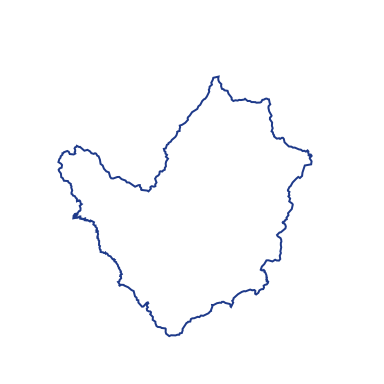 outline of Chiang Dao, Chiang Mai, Thailand, rotated 45°
{"feature_id": "78962969B42466635698108", "entity_name": "Chiang Dao", "entity_type": "district", "adm_level": 2, "iso_a3": "THA", "parent_name": "Thailand", "parent_adm1": "Chiang Mai", "projection": "mercator", "projection_center": [98.857, 19.536], "detail": "fine", "context": "isolated", "style": "outline", "palette": "blue", "viewbox_px": 384, "rotation_deg": 45, "n_neighbors": 0, "source": "geoboundaries", "source_scale": "gbopen_adm2", "svg_char_len": 6040}
<svg xmlns="http://www.w3.org/2000/svg" viewBox="0 0 384 384"><g transform="rotate(45 192 192)"><path d="M249.5,81.6L249.2,83.3L248.5,83.6L247.5,82.4L246.3,82.1L245.6,81.0L244.3,80.9L244.0,82.9L242.3,83.4L241.3,84.8L239.0,85.1L237.6,86.2L233.3,87.9L231.9,89.3L230.3,89.6L228.3,91.3L222.3,91.4L219.3,89.5L218.0,89.4L217.3,90.0L216.7,92.2L215.7,92.3L214.2,94.3L210.8,94.7L209.9,93.8L208.8,93.8L206.9,92.6L205.4,92.9L203.9,89.8L201.7,88.7L199.5,86.2L195.7,85.5L194.5,84.2L194.6,82.4L194.2,81.7L189.6,80.4L186.6,78.5L185.5,77.2L185.3,74.6L183.9,74.1L180.9,72.1L180.2,72.7L178.8,73.1L178.0,74.1L177.4,76.1L176.6,77.1L177.3,79.5L176.8,80.7L174.3,83.4L173.3,83.6L170.5,86.3L168.5,86.7L167.0,88.3L163.6,88.6L163.5,89.8L161.6,92.4L160.2,93.5L159.7,95.0L157.8,96.5L156.9,98.4L154.7,98.6L153.3,97.3L148.3,96.7L145.6,95.3L143.0,97.2L141.7,97.0L140.2,97.9L137.6,96.5L136.5,95.0L133.5,95.0L131.8,94.4L130.3,93.2L129.2,91.6L126.3,96.2L127.4,98.0L128.4,101.1L130.2,102.0L130.0,105.1L131.2,106.5L131.6,107.8L133.2,108.8L135.0,114.0L135.4,116.7L134.9,118.1L134.9,120.4L136.2,124.5L135.9,126.9L137.0,129.5L135.6,135.5L136.4,139.6L136.3,141.9L136.7,142.9L138.1,143.8L138.3,147.8L137.5,151.4L136.4,153.7L138.0,154.8L138.6,156.1L140.1,157.6L139.2,159.0L139.0,160.0L139.6,160.4L140.9,162.9L141.3,164.9L140.9,169.5L141.4,171.3L140.8,174.0L141.4,174.9L140.9,176.4L142.6,179.7L141.6,181.4L143.7,182.6L144.8,182.4L146.1,183.6L148.1,183.4L148.6,185.5L151.5,185.4L152.1,188.6L153.2,190.4L155.4,192.3L155.7,194.1L157.0,195.5L156.4,197.1L156.5,198.5L154.9,199.8L154.8,200.5L156.3,202.5L156.5,204.2L155.9,206.4L156.5,208.7L160.2,210.4L160.6,212.6L162.0,213.8L161.4,215.1L159.5,216.3L159.1,217.6L159.2,218.1L160.6,218.8L160.8,222.3L159.3,222.7L154.8,226.3L154.2,226.2L153.4,225.2L151.6,225.1L150.2,224.0L149.3,225.1L148.0,228.5L140.8,229.8L139.1,231.3L136.9,230.9L133.1,232.7L129.9,232.8L128.6,234.2L126.7,238.2L125.2,239.4L123.5,239.2L119.3,236.9L116.8,238.0L113.3,237.8L110.1,236.4L107.5,236.8L104.1,234.3L100.7,232.8L99.4,233.3L97.1,232.7L96.0,233.2L95.6,234.5L93.4,235.7L91.1,235.4L88.3,236.1L86.7,238.9L80.9,239.3L80.5,240.0L77.9,240.8L78.3,241.8L77.8,242.9L78.1,244.2L79.6,244.8L80.6,245.8L80.9,246.9L82.3,247.3L81.8,249.1L78.7,251.6L76.4,250.7L74.8,251.2L73.3,254.5L73.5,255.6L73.0,256.2L74.0,257.3L73.9,259.6L74.8,260.8L74.9,262.5L76.4,265.3L79.5,264.6L81.0,264.8L82.6,267.0L81.7,268.9L82.0,270.6L83.2,271.2L86.2,271.6L89.1,274.0L90.8,273.6L93.5,274.6L96.5,272.0L97.8,272.5L100.7,272.0L101.4,272.9L102.8,273.2L103.3,274.1L106.2,275.6L107.3,277.8L108.1,278.5L109.1,278.2L110.2,278.7L112.2,277.8L113.9,278.3L115.2,278.1L117.1,279.8L117.3,279.0L117.6,279.2L118.3,278.4L118.1,278.0L118.4,277.5L119.3,277.5L121.6,278.9L122.6,278.6L122.4,281.2L124.6,282.2L126.0,283.8L126.1,284.7L125.6,285.6L126.5,289.4L125.5,289.1L124.7,290.4L125.0,291.8L126.7,290.4L126.3,292.4L125.7,293.2L126.7,294.5L128.3,292.2L127.7,291.7L129.0,291.6L129.1,290.3L130.1,290.0L130.1,288.8L130.7,289.1L130.8,288.7L131.9,289.8L132.6,288.9L132.9,289.2L134.0,288.4L135.0,286.5L135.5,287.3L136.6,286.6L136.6,287.4L137.9,286.4L138.1,285.7L140.1,285.2L140.3,284.3L140.9,284.6L141.3,283.5L144.1,282.7L145.2,284.7L147.1,284.4L147.5,284.0L148.2,284.8L150.3,284.8L151.5,285.9L151.4,286.4L152.3,286.2L152.3,286.8L153.1,286.7L152.9,287.6L153.8,287.2L155.5,288.3L156.6,290.4L157.3,290.4L157.5,291.4L158.8,291.3L159.8,292.1L160.9,292.2L163.8,295.3L165.2,295.3L165.9,296.7L167.7,297.8L168.4,297.6L169.8,299.0L172.1,297.4L172.9,297.4L173.6,296.8L173.6,296.1L174.7,296.5L174.8,295.9L175.8,295.5L177.8,296.1L179.9,295.1L183.3,295.6L184.2,294.8L184.5,295.2L185.4,294.7L185.6,295.6L186.3,295.9L187.9,295.2L188.5,295.7L191.2,296.1L192.4,296.9L194.0,297.1L194.2,297.6L197.2,298.2L198.1,298.6L198.1,299.2L200.4,299.7L200.0,301.1L200.6,302.1L201.0,301.6L202.9,303.1L203.0,305.3L203.8,306.6L203.3,307.9L206.1,308.4L206.6,309.4L207.1,309.4L207.6,307.6L209.4,306.0L210.1,306.1L214.2,304.5L218.5,304.1L220.8,303.3L225.5,306.1L227.5,305.9L229.3,307.3L230.6,306.5L232.3,308.1L237.8,308.4L238.6,307.3L238.3,302.4L238.8,301.3L239.8,301.6L239.8,303.7L240.8,304.5L242.3,304.7L242.5,306.5L244.0,307.5L246.0,306.9L246.9,306.0L247.9,306.0L248.5,306.5L248.9,308.0L252.7,308.0L254.6,310.2L257.8,309.6L259.0,310.7L261.7,311.9L263.2,311.6L265.3,309.9L266.7,309.6L269.6,307.3L270.3,307.4L272.3,309.6L273.9,310.5L277.8,310.0L278.5,308.1L281.8,305.0L282.5,303.4L283.9,301.9L283.3,300.6L284.5,298.9L283.2,296.4L282.2,295.6L280.7,288.4L281.2,287.4L281.0,286.6L282.4,284.8L281.1,282.7L281.5,281.2L282.9,279.6L284.2,276.3L285.7,275.2L285.7,273.0L287.5,271.6L289.4,266.1L289.3,263.5L289.6,262.6L289.0,262.1L287.4,258.6L286.1,257.7L287.1,256.8L288.3,253.0L289.8,250.7L291.0,249.7L290.9,248.5L292.0,247.3L294.2,246.8L297.8,244.5L298.8,244.6L300.2,245.7L300.9,245.7L299.3,241.0L297.4,240.5L297.4,239.0L296.5,237.7L296.8,231.7L297.9,227.3L298.9,225.3L300.1,224.4L302.1,219.9L304.1,218.9L305.4,217.2L306.6,217.1L308.6,219.3L309.8,219.1L310.2,216.4L309.2,213.9L309.8,211.7L311.0,210.3L310.5,208.7L308.9,207.6L309.3,205.9L310.2,204.5L310.0,202.7L309.4,201.7L308.2,202.3L307.9,201.5L307.4,201.7L306.9,200.9L306.4,201.2L305.4,199.5L305.0,199.7L303.6,198.3L301.1,197.2L299.8,197.3L299.5,196.5L297.9,196.4L297.7,197.3L296.8,197.9L296.1,197.7L296.1,198.3L295.6,198.4L294.1,195.3L294.1,191.9L293.0,187.7L294.4,186.2L298.0,184.2L298.7,181.1L300.2,180.6L302.0,179.0L301.8,177.0L299.1,175.0L298.0,172.3L296.5,171.5L294.2,168.0L292.3,166.7L290.7,165.0L290.4,164.0L288.7,162.6L287.2,162.0L283.9,162.7L282.5,162.3L282.5,158.8L283.3,157.6L283.8,151.7L282.8,150.1L281.4,149.3L279.8,149.0L278.3,149.7L277.6,149.4L277.5,148.6L278.2,147.4L277.8,145.8L278.3,144.2L277.0,143.4L276.6,140.2L274.9,139.1L274.6,133.5L272.2,129.7L271.2,129.3L267.4,129.9L266.0,127.2L263.2,126.9L263.1,125.4L261.7,124.7L260.8,123.0L259.1,123.3L258.5,122.9L257.3,119.4L257.6,118.2L256.4,114.1L256.3,108.6L256.5,106.2L258.4,105.8L258.5,102.8L256.4,100.2L253.0,93.5L256.7,88.2L254.8,85.7L251.5,85.0L251.0,84.3L251.2,82.2L250.8,81.7L249.5,81.6Z" fill="none" stroke="#1e3a8a" stroke-width="2"/></g></svg>